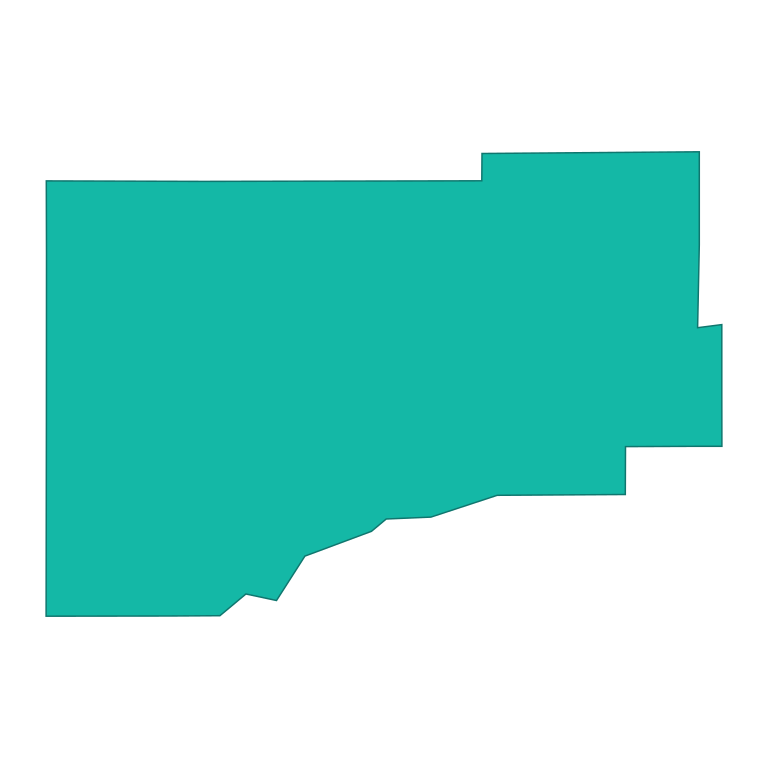 Webster, Mississippi, United States of America
{"feature_id": "52423323B29713004064405", "entity_name": "Webster", "entity_type": "district", "adm_level": 2, "iso_a3": "USA", "parent_name": "United States of America", "parent_adm1": "Mississippi", "projection": "albers", "projection_center": [-89.248, 33.6], "detail": "fine", "context": "isolated", "style": "filled", "palette": "teal", "viewbox_px": 768, "rotation_deg": 0, "n_neighbors": 0, "source": "geoboundaries", "source_scale": "gbopen_adm2", "svg_char_len": 439}
<svg xmlns="http://www.w3.org/2000/svg" viewBox="0 0 768 768"><path d="M46.5,254.4L46.4,422.7L46.1,616.2L169.1,616.0L219.9,615.7L245.9,594.0L276.5,600.5L304.9,556.1L371.5,531.3L386.2,519.0L430.9,517.1L497.2,495.3L625.3,494.5L625.5,446.6L698.3,446.3L721.9,446.3L721.8,395.0L721.8,324.6L697.6,327.7L699.3,244.9L699.3,151.8L482.0,153.5L481.8,180.8L203.1,181.4L46.3,180.9L46.5,254.4Z" fill="#14b8a6" stroke="#0f766e" stroke-width="1.5"/></svg>